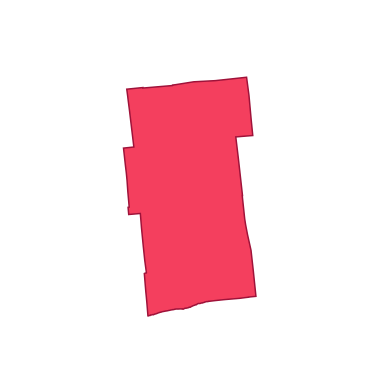 General Las Heras, Buenos Aires, Argentina, rotated 221°
{"feature_id": "61730980B57566902843096", "entity_name": "General Las Heras", "entity_type": "district", "adm_level": 2, "iso_a3": "ARG", "parent_name": "Argentina", "parent_adm1": "Buenos Aires", "projection": "robinson", "projection_center": [-59.099, -34.91], "detail": "fine", "context": "isolated", "style": "filled", "palette": "rose", "viewbox_px": 384, "rotation_deg": 221, "n_neighbors": 0, "source": "geoboundaries", "source_scale": "gbopen_adm2", "svg_char_len": 3718}
<svg xmlns="http://www.w3.org/2000/svg" viewBox="0 0 384 384"><g transform="rotate(221 192 192)"><path d="M301.3,220.2L292.1,212.0L265.4,187.8L272.5,180.2L259.5,168.2L254.3,163.5L248.6,158.1L240.9,150.4L229.5,139.4L230.2,138.5L225.0,133.5L216.9,141.9L206.7,131.9L193.3,119.2L182.8,109.4L173.4,101.1L173.5,100.8L173.5,100.7L173.8,100.4L174.0,100.2L174.2,99.9L174.3,99.6L174.4,99.4L174.5,99.2L169.4,94.2L161.5,86.5L158.1,83.3L153.4,78.8L144.0,69.6L143.8,69.6L143.7,69.8L143.6,70.2L143.5,70.4L143.4,70.5L143.1,70.8L142.9,71.1L142.7,71.2L142.7,71.4L142.6,71.6L142.6,71.9L142.6,72.0L142.4,72.1L142.1,72.4L142.0,72.5L141.9,72.7L141.7,72.9L141.6,73.1L141.4,73.5L141.1,73.8L140.8,73.9L140.6,74.0L140.4,74.4L140.4,74.7L140.3,74.8L140.2,75.0L140.0,75.4L139.9,75.7L139.7,75.8L139.6,76.0L139.3,76.3L139.2,76.6L139.1,76.8L138.9,77.1L138.8,77.4L138.6,77.6L138.5,77.9L138.4,78.0L138.3,78.3L138.2,78.5L138.0,78.9L137.9,79.0L137.8,79.3L137.6,79.4L137.5,79.7L137.4,79.9L137.2,80.1L137.1,80.4L136.9,80.6L136.8,80.8L136.6,80.9L136.5,81.2L136.3,81.4L136.2,81.6L136.1,81.9L135.9,82.1L135.8,82.3L135.6,82.5L135.4,82.8L135.1,83.1L135.0,83.3L134.8,83.6L134.6,83.8L134.4,84.0L134.2,84.3L134.1,84.6L133.8,84.8L133.7,84.9L133.6,85.1L133.4,85.3L133.2,85.5L133.0,85.9L132.8,86.1L132.6,86.2L132.4,86.5L132.2,86.8L132.0,87.1L131.8,87.4L131.6,87.6L131.4,87.9L131.2,88.1L131.0,88.4L130.8,88.7L130.7,88.9L130.5,89.1L130.3,89.4L130.2,89.5L129.9,89.8L129.7,90.1L129.7,90.3L129.4,90.4L129.2,90.6L129.0,90.8L128.9,91.0L128.7,91.3L128.5,91.6L128.4,91.7L128.3,91.9L128.1,92.0L127.9,92.3L127.9,92.5L127.7,92.7L127.5,92.9L127.4,93.1L127.3,93.3L127.1,93.4L126.9,93.5L126.7,93.7L126.5,93.9L126.3,94.0L126.1,94.2L126.0,94.4L125.8,94.5L125.7,94.7L125.3,94.9L125.1,95.1L125.0,95.3L124.8,95.4L124.6,95.7L124.5,95.8L124.3,95.9L124.1,96.1L123.9,96.3L123.7,96.6L123.3,96.8L123.2,96.9L122.9,97.0L122.7,97.2L122.6,97.4L122.5,97.6L122.3,97.6L122.0,97.6L121.9,97.7L121.7,97.9L121.6,98.1L121.5,98.3L121.5,98.5L121.4,98.7L121.4,98.9L121.3,99.0L121.2,99.2L121.2,99.3L121.1,99.6L120.9,99.8L120.7,99.9L120.6,100.1L120.3,100.4L120.2,100.5L119.9,100.8L119.8,101.0L119.7,101.2L119.6,101.3L119.4,101.5L119.2,101.7L119.1,101.9L119.0,102.0L118.9,102.4L118.8,102.6L118.6,102.7L118.5,102.9L118.5,103.1L118.5,103.3L118.3,103.5L118.1,103.6L117.9,103.7L117.7,103.9L117.6,104.1L117.6,104.3L117.5,104.6L117.4,104.9L117.4,105.0L117.2,105.4L117.1,105.6L117.0,105.8L116.9,106.0L116.9,106.3L116.7,106.6L116.5,106.9L116.4,107.2L116.2,107.5L116.0,107.9L115.9,108.1L115.7,108.3L115.6,108.6L115.5,108.8L115.4,109.2L115.2,109.2L115.0,109.4L114.9,109.6L114.8,109.8L114.7,109.9L114.7,110.1L114.6,110.3L114.6,110.5L114.6,110.8L114.6,111.0L114.5,111.4L114.3,111.5L114.2,111.7L114.1,111.9L114.0,112.1L113.8,112.2L113.7,112.3L113.4,112.6L113.2,112.7L113.0,112.9L112.8,113.1L112.7,113.3L112.6,113.5L112.4,113.8L112.3,114.0L112.1,114.3L112.0,114.5L111.8,114.7L111.7,114.9L111.5,115.0L111.3,115.1L111.2,115.3L111.2,115.5L111.0,115.8L110.8,116.0L110.6,116.3L110.5,116.5L110.3,116.8L110.2,117.2L110.1,117.4L110.0,117.6L109.8,117.7L109.7,117.9L109.6,118.1L109.5,118.3L109.3,118.5L109.2,118.7L109.1,118.8L109.0,119.0L108.9,119.1L108.7,119.2L108.5,119.3L108.4,119.5L108.1,119.7L108.0,119.9L107.9,120.0L107.8,120.4L107.4,120.7L105.5,122.8L103.7,124.8L96.9,132.1L86.3,143.0L82.3,147.5L80.2,149.8L80.3,149.9L75.3,155.2L94.0,172.7L109.2,186.7L122.2,196.3L130.1,202.5L134.6,206.3L151.8,222.3L151.6,222.5L153.9,224.6L179.2,247.9L187.7,255.6L195.1,262.3L183.2,274.5L195.1,285.7L212.5,302.4L226.1,314.4L235.8,303.9L247.5,291.3L263.0,276.3L274.9,262.1L276.8,260.0L276.5,259.7L276.7,259.4L284.0,251.9L297.3,238.2L297.6,238.6L308.7,226.8L302.7,221.5L301.3,220.2Z" fill="#f43f5e" stroke="#9f1239" stroke-width="1.5"/></g></svg>